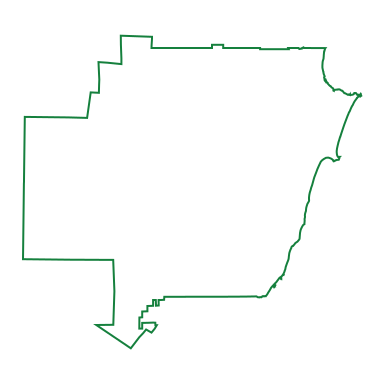 outline of Benito Juárez, Quintana Roo, Mexico
{"feature_id": "50627088B55174657645518", "entity_name": "Benito Juárez", "entity_type": "district", "adm_level": 2, "iso_a3": "MEX", "parent_name": "Mexico", "parent_adm1": "Quintana Roo", "projection": "mercator", "projection_center": [-86.846, 20.98], "detail": "fine", "context": "isolated", "style": "outline", "palette": "green", "viewbox_px": 384, "rotation_deg": 0, "n_neighbors": 0, "source": "geoboundaries", "source_scale": "gbopen_adm2", "svg_char_len": 5496}
<svg xmlns="http://www.w3.org/2000/svg" viewBox="0 0 384 384"><path d="M152.0,36.8L120.8,35.7L120.9,44.6L121.4,58.3L121.4,64.1L107.4,62.7L98.5,62.1L99.0,73.3L99.3,79.6L99.1,84.6L98.9,92.8L90.7,92.4L87.1,117.9L68.2,117.4L24.8,116.9L24.0,180.1L24.0,181.1L24.0,181.9L23.9,183.5L23.1,251.9L23.0,259.2L69.9,259.7L113.2,259.9L114.4,291.2L113.3,324.8L96.3,325.0L130.8,348.3L139.3,337.2L143.3,333.0L146.1,329.5L151.5,332.6L154.7,328.7L156.8,325.2L155.4,325.2L155.3,322.7L153.2,322.6L147.6,322.8L142.2,322.9L142.2,328.6L139.3,328.6L139.4,317.5L142.2,317.3L142.2,311.5L147.4,311.3L147.4,306.0L153.1,305.8L153.1,300.0L155.8,300.0L156.0,305.7L158.7,305.5L158.6,300.0L161.2,300.0L164.1,299.8L164.3,296.8L228.5,296.7L245.3,296.6L256.5,296.4L257.7,297.2L259.6,297.4L260.1,297.1L260.8,297.2L261.3,297.3L261.9,296.9L262.1,296.5L262.6,296.2L263.2,296.1L263.9,296.2L263.9,296.3L264.6,296.3L265.1,296.0L265.4,296.0L265.8,296.2L267.2,294.4L268.2,292.6L269.7,290.3L271.2,287.6L272.1,286.6L272.4,286.2L272.9,285.7L273.8,286.8L274.0,286.7L274.4,286.4L273.9,286.6L273.2,285.9L273.9,285.3L273.9,285.2L274.1,285.3L274.0,285.1L274.0,284.7L274.3,284.5L274.1,284.9L274.4,284.6L274.5,284.7L274.3,285.0L274.6,284.7L274.7,284.9L274.3,285.3L274.8,285.0L275.0,285.1L274.5,285.6L274.7,285.8L274.7,286.7L274.8,286.6L274.8,285.7L275.3,285.2L274.5,284.1L274.7,283.7L275.3,283.1L275.7,282.8L276.1,282.3L276.5,281.9L277.5,280.5L277.8,280.1L278.5,279.2L279.0,278.4L279.9,277.5L280.5,277.2L281.1,277.8L281.0,278.0L280.8,278.7L280.9,278.8L281.2,278.1L281.3,278.2L281.3,277.9L281.2,277.8L280.6,277.1L281.8,276.2L282.9,274.7L283.1,274.6L283.6,274.9L283.7,274.7L283.2,274.4L283.5,273.7L283.9,273.0L284.2,272.3L284.3,271.9L284.6,271.3L284.7,270.6L285.1,269.8L285.3,269.2L285.7,267.0L287.1,263.0L288.1,260.5L288.5,259.3L288.7,258.2L288.9,256.1L289.3,253.1L289.7,251.8L289.8,251.4L290.2,250.5L290.3,250.0L290.5,249.6L290.9,248.8L291.2,248.3L291.4,247.3L291.6,246.9L291.9,246.5L292.1,246.3L292.9,245.8L293.1,245.9L293.3,245.7L294.7,244.0L295.2,243.2L296.3,242.4L297.5,241.6L299.3,239.4L299.5,238.9L299.6,238.4L299.7,237.1L300.0,233.3L300.1,232.5L300.4,231.1L300.5,230.5L300.9,229.3L301.8,227.3L302.6,225.9L303.0,225.2L304.4,224.1L304.3,223.9L304.5,223.1L304.5,222.4L304.7,220.7L304.6,220.2L304.6,218.7L304.9,217.7L305.0,216.4L304.9,215.8L304.9,215.1L305.1,213.6L305.6,211.9L305.9,211.1L306.0,210.1L306.2,208.0L306.6,206.4L307.4,203.9L308.9,201.3L309.1,200.3L309.1,200.0L309.0,199.4L309.0,197.6L309.3,194.9L309.8,192.5L310.6,190.0L311.2,187.7L312.1,185.2L313.8,179.0L314.3,177.3L316.3,172.1L317.4,169.1L319.0,165.5L320.8,161.7L322.2,160.2L324.0,158.9L326.0,157.8L328.2,157.6L329.6,158.0L331.1,158.6L331.9,159.1L332.8,159.8L333.0,160.3L333.3,160.4L333.3,160.5L333.3,160.8L333.5,161.1L333.6,161.3L333.9,161.3L334.1,161.2L334.4,161.0L335.1,160.6L335.4,160.5L335.6,160.5L336.0,160.1L336.9,159.9L337.4,159.9L337.8,159.9L337.9,160.1L338.1,160.3L338.2,160.5L338.2,160.3L338.4,160.1L338.5,159.9L338.9,159.6L339.0,159.1L339.3,158.4L339.4,158.0L339.3,157.7L339.4,157.4L339.5,157.3L339.5,157.0L339.6,156.9L339.4,156.9L339.2,157.3L338.5,157.3L338.0,156.9L337.6,156.3L337.2,155.5L336.9,154.2L336.7,152.2L336.7,151.0L337.0,148.6L337.7,145.4L338.2,143.4L338.4,142.4L339.1,140.3L340.0,137.2L340.2,136.7L340.3,136.7L341.2,133.8L343.5,126.9L344.5,124.0L347.6,115.8L348.4,114.0L349.0,112.3L349.6,111.6L351.0,108.2L351.7,106.8L351.8,106.5L351.8,106.4L352.2,105.9L352.9,104.8L353.5,103.4L354.0,102.4L354.9,100.9L356.4,98.9L356.9,98.0L357.1,98.0L357.4,97.5L357.9,97.0L358.8,96.5L359.6,96.4L360.0,96.0L360.3,96.0L360.5,96.3L360.6,96.2L360.9,96.0L360.8,95.9L360.8,95.7L360.9,95.2L361.0,95.2L360.8,94.8L360.9,94.3L360.9,94.1L360.7,93.8L360.4,94.2L360.1,94.5L359.6,94.9L359.5,94.3L359.5,94.2L359.6,94.8L359.4,95.0L359.5,95.0L359.2,95.1L357.5,94.7L357.7,94.4L357.7,93.6L357.7,94.4L357.5,94.7L357.2,94.6L356.8,94.2L356.0,93.1L355.6,93.0L355.2,93.2L354.6,93.0L354.3,93.0L353.7,94.2L353.2,94.4L353.1,94.5L352.0,94.8L351.9,94.8L351.8,94.5L351.8,94.8L351.3,94.9L350.4,95.0L350.3,94.7L350.2,95.0L350.0,94.9L350.0,94.7L350.0,94.9L349.7,94.9L349.7,94.7L349.7,94.9L349.2,94.8L349.3,94.5L349.3,94.4L349.2,94.4L349.2,94.5L349.1,94.8L348.7,94.8L347.8,94.7L347.4,94.5L347.5,94.3L347.5,94.2L347.4,94.5L345.4,93.4L345.0,93.2L344.9,93.2L344.7,93.2L344.4,93.2L343.3,91.9L342.6,91.0L342.3,90.8L342.2,90.9L341.7,90.7L339.8,89.5L339.7,89.5L339.6,89.4L339.1,89.4L338.7,89.3L338.1,89.0L338.1,88.8L338.0,89.0L337.8,89.4L337.7,89.6L337.3,89.6L337.1,89.6L336.9,89.6L336.5,89.6L336.3,89.7L335.8,89.7L335.5,89.8L334.8,89.8L334.4,90.0L333.9,90.2L333.8,90.5L333.8,90.8L333.4,90.6L333.4,89.1L333.2,88.8L333.1,88.6L332.8,88.1L331.5,87.4L331.1,86.8L331.0,86.5L330.6,86.3L330.3,86.0L330.1,86.0L329.6,85.6L329.2,85.2L328.5,84.4L328.1,84.0L327.2,82.9L327.1,82.7L327.3,82.6L327.2,82.5L326.5,81.8L325.8,80.1L325.6,80.4L325.8,81.0L326.1,81.9L326.0,82.0L325.7,81.5L325.5,81.4L325.2,81.1L325.1,80.8L324.8,80.5L324.7,80.3L324.9,80.1L324.6,79.7L324.5,79.3L324.6,78.9L324.4,78.1L324.1,77.8L324.1,77.6L324.3,77.2L324.3,76.6L324.4,76.2L324.6,76.1L323.7,74.0L323.7,73.5L323.4,72.8L323.5,72.0L323.2,71.5L322.5,68.2L322.4,67.4L322.4,65.5L322.6,62.2L322.8,61.0L323.5,58.8L323.7,56.6L323.8,54.7L323.9,53.9L324.0,52.5L324.5,50.7L324.4,50.7L324.9,49.3L325.1,48.5L325.4,48.1L303.8,48.0L303.5,47.4L301.5,48.3L301.6,48.6L299.3,49.0L298.6,48.0L288.2,48.0L288.7,49.2L260.1,49.2L260.1,48.0L223.2,48.0L223.2,44.8L212.0,44.8L212.0,48.0L151.5,48.0L151.6,45.1L152.0,38.8L152.0,36.8Z" fill="none" stroke="#15803d" stroke-width="2"/></svg>